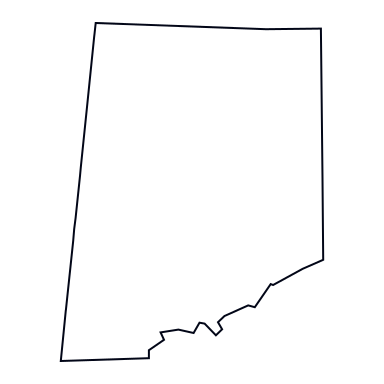 Pickens, Alabama, United States of America
{"feature_id": "52423323B32953857630822", "entity_name": "Pickens", "entity_type": "district", "adm_level": 2, "iso_a3": "USA", "parent_name": "United States of America", "parent_adm1": "Alabama", "projection": "orthographic", "projection_center": [-88.115, 33.263], "detail": "fine", "context": "isolated", "style": "outline", "palette": "ink", "viewbox_px": 384, "rotation_deg": 0, "n_neighbors": 0, "source": "geoboundaries", "source_scale": "gbopen_adm2", "svg_char_len": 517}
<svg xmlns="http://www.w3.org/2000/svg" viewBox="0 0 384 384"><path d="M266.0,29.2L95.7,23.0L94.5,34.0L94.2,36.5L87.0,107.1L80.8,167.3L80.0,176.0L75.6,218.0L74.2,228.9L73.2,240.9L65.9,310.0L65.8,310.4L60.8,361.0L148.9,358.2L148.9,350.2L164.0,339.8L160.6,332.4L178.4,329.6L193.6,333.0L199.5,322.7L204.6,323.6L215.9,335.3L222.1,329.3L218.0,322.2L224.5,316.0L248.2,305.4L254.8,307.2L270.7,284.1L273.1,285.0L302.7,268.8L323.2,259.8L322.5,178.4L320.9,28.6L266.0,29.2Z" fill="none" stroke="#020617" stroke-width="2"/></svg>